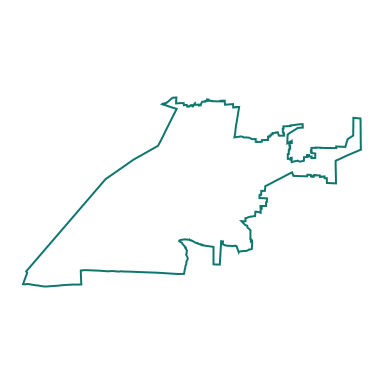 Calimaya, México, Mexico (orthographic projection)
{"feature_id": "50627088B64633993276422", "entity_name": "Calimaya", "entity_type": "district", "adm_level": 2, "iso_a3": "MEX", "parent_name": "Mexico", "parent_adm1": "México", "projection": "orthographic", "projection_center": [-99.619, 19.169], "detail": "fine", "context": "isolated", "style": "outline", "palette": "teal", "viewbox_px": 384, "rotation_deg": 0, "n_neighbors": 0, "source": "geoboundaries", "source_scale": "gbopen_adm2", "svg_char_len": 5839}
<svg xmlns="http://www.w3.org/2000/svg" viewBox="0 0 384 384"><path d="M239.1,107.0L236.0,107.0L236.0,107.3L233.2,107.5L233.1,104.1L225.0,104.7L224.7,100.8L224.7,100.7L222.8,100.7L222.8,101.4L222.1,101.4L222.1,100.7L220.5,100.8L220.5,101.3L216.0,101.3L212.8,101.2L211.7,101.2L211.6,100.8L210.3,100.8L208.8,100.8L208.7,99.6L207.0,99.5L207.0,100.9L205.4,100.9L205.4,101.6L202.2,101.8L201.2,103.5L200.9,104.4L200.6,105.4L198.9,105.5L198.8,104.6L195.1,104.8L195.0,104.1L194.9,103.3L194.4,103.8L194.2,104.7L193.2,106.0L193.0,106.4L192.6,106.4L192.6,105.1L190.8,105.2L190.8,105.7L189.2,106.0L189.2,106.5L187.3,106.7L186.8,104.9L183.9,105.2L183.7,103.1L180.8,103.1L179.0,103.2L176.1,103.4L176.1,101.4L176.4,97.5L173.0,97.7L172.4,98.0L171.2,98.8L168.2,101.6L167.0,102.2L166.7,102.8L165.6,103.2L164.8,103.2L164.5,103.4L163.9,103.6L163.0,103.6L162.5,103.8L162.0,104.2L163.0,104.6L166.5,105.5L168.5,106.3L171.5,107.3L176.7,108.9L172.9,116.3L166.5,129.1L161.6,139.1L158.0,145.8L145.7,152.8L133.6,159.6L105.5,179.2L26.2,271.4L27.2,272.8L23.0,284.2L24.6,284.3L26.0,284.2L27.8,284.0L29.5,284.2L30.9,284.5L36.4,285.4L38.1,285.5L39.4,285.7L41.3,286.1L42.9,286.3L44.8,286.5L46.1,286.5L54.8,285.9L57.7,285.7L62.5,285.2L66.5,284.9L70.3,284.7L73.2,284.5L74.4,284.6L76.4,284.6L81.3,284.5L80.9,275.1L80.8,270.5L84.0,270.2L85.2,270.1L87.5,270.2L99.7,270.7L107.4,271.3L111.3,271.1L112.0,271.0L119.0,271.6L120.4,271.3L123.3,271.5L131.5,271.7L140.4,272.1L157.0,272.7L177.8,274.0L182.5,273.9L183.9,274.0L184.3,272.5L184.4,272.0L184.4,271.7L184.6,270.1L185.2,268.2L185.5,265.8L185.7,265.3L186.2,264.4L186.4,262.2L186.6,261.4L186.7,261.1L186.8,260.8L187.2,260.2L187.6,259.3L187.7,258.4L187.6,257.7L187.2,256.9L186.5,255.3L186.1,254.5L186.6,253.5L186.7,251.8L186.8,251.2L186.9,250.4L185.5,248.3L186.0,248.2L185.9,247.7L184.8,246.5L182.4,243.8L181.9,242.7L179.2,241.3L179.3,240.6L180.2,240.1L182.3,239.7L184.9,239.4L185.2,239.3L185.5,239.3L185.8,239.5L186.2,239.5L187.3,239.5L187.6,239.6L188.8,239.8L189.2,239.7L189.4,239.7L189.5,239.6L189.7,239.9L190.0,240.2L190.3,240.4L190.5,240.5L191.0,240.5L191.3,240.3L191.5,240.3L191.9,240.7L192.0,240.8L192.4,241.0L193.0,241.2L193.2,241.3L193.5,241.5L193.9,241.8L194.1,241.9L194.8,242.3L195.2,242.5L196.0,242.9L196.2,243.0L196.7,243.1L196.9,243.1L197.2,242.9L197.3,242.9L197.5,243.1L197.9,243.4L198.0,243.5L198.3,243.7L198.3,243.8L199.3,244.2L199.5,244.2L199.8,244.1L200.0,244.1L200.4,244.2L200.8,244.3L201.0,244.4L201.1,244.5L201.3,244.6L201.6,244.8L201.8,244.7L201.9,244.8L202.0,244.8L201.8,245.2L213.5,246.9L213.5,258.9L213.5,261.0L213.5,264.3L215.9,264.5L219.8,264.6L220.0,261.3L221.0,244.0L221.1,241.2L221.3,241.2L223.0,241.4L222.8,244.1L223.5,244.7L223.8,244.7L224.5,245.0L225.0,245.1L225.4,245.4L226.1,245.7L227.4,245.7L228.2,245.9L228.5,245.9L229.0,245.8L229.7,245.8L230.4,245.8L230.7,245.8L231.0,245.9L231.6,246.1L232.0,246.0L232.8,246.0L233.6,245.8L234.2,245.8L234.7,246.0L235.1,246.0L235.5,245.8L235.9,246.1L236.5,246.1L238.7,252.1L238.8,251.8L239.0,251.8L239.5,251.6L240.5,251.4L241.9,251.2L243.5,251.0L245.9,250.9L246.9,250.7L247.7,250.5L248.3,250.0L249.0,249.5L250.2,249.5L250.9,249.3L251.7,249.1L251.9,248.8L251.8,248.2L251.8,247.8L251.9,247.3L252.1,246.8L252.0,245.8L252.1,244.4L252.2,242.3L252.0,240.8L252.0,240.7L251.5,240.9L250.9,241.4L250.9,239.1L250.4,239.1L250.4,233.7L250.5,230.8L250.5,230.3L248.8,228.6L247.5,227.6L247.2,225.7L246.8,225.5L245.8,225.3L245.3,225.0L243.5,223.3L242.4,222.1L241.4,221.1L241.8,221.1L242.7,221.3L243.7,221.3L244.6,221.3L245.5,221.2L245.4,218.3L245.5,218.1L246.0,218.1L248.8,217.1L250.6,216.6L251.6,216.5L252.4,216.5L253.3,216.2L254.6,216.0L255.1,216.1L255.4,211.7L256.0,211.7L256.3,211.8L257.1,211.7L257.4,211.9L258.1,212.1L259.6,212.1L260.0,212.5L260.6,212.8L260.7,208.8L261.7,208.8L261.7,207.7L260.5,207.7L260.5,206.0L266.1,206.0L266.1,202.3L266.7,202.3L266.8,202.2L267.0,198.4L264.0,198.2L259.4,198.1L259.6,194.9L261.1,194.9L261.3,190.9L264.9,190.9L265.3,186.2L268.9,184.4L271.8,182.9L276.0,180.6L279.3,179.0L292.0,172.3L293.4,175.9L297.8,176.0L298.4,176.1L307.2,176.3L307.4,174.7L310.8,174.9L310.8,176.1L311.7,176.1L311.7,176.8L313.6,176.8L313.6,175.6L314.2,175.6L314.2,175.0L315.8,175.1L315.8,175.4L319.8,175.4L320.0,175.7L320.0,177.0L322.2,176.8L322.2,176.5L323.3,176.5L324.5,176.4L324.6,178.2L326.8,178.2L326.9,183.0L336.0,183.4L335.9,176.6L335.6,163.7L335.7,160.7L339.3,159.2L347.0,155.5L361.0,149.6L360.8,149.1L360.6,124.1L360.5,118.5L353.4,117.8L353.2,135.6L348.0,138.9L347.6,139.2L345.3,146.9L336.2,146.5L336.2,148.1L320.6,147.9L320.6,147.7L318.5,147.6L315.8,147.6L315.8,147.9L311.5,147.9L311.5,149.9L311.2,149.9L311.2,150.8L310.9,150.8L310.9,151.8L311.6,151.7L311.5,153.0L315.3,153.5L315.2,158.0L311.5,158.1L311.6,156.5L309.0,156.5L309.0,155.0L307.4,155.0L307.4,155.3L307.0,155.3L307.0,157.1L304.0,157.2L303.9,160.8L303.7,160.9L303.3,160.8L303.0,160.9L302.7,161.0L302.4,161.1L301.4,161.3L300.7,161.5L299.6,161.6L298.6,161.1L298.2,161.0L298.0,160.8L297.7,160.7L297.3,160.7L295.5,161.1L291.7,162.1L291.7,157.7L290.8,157.8L290.8,159.6L290.3,159.7L290.2,158.9L287.8,158.9L287.8,154.1L288.8,154.0L288.8,150.4L289.3,150.4L289.3,148.6L290.2,148.6L290.1,145.8L289.4,145.8L289.3,143.4L291.8,143.2L291.7,140.8L287.3,143.3L287.6,135.0L287.8,135.0L288.2,134.0L297.9,127.9L302.8,127.6L302.6,124.1L298.5,124.4L294.8,124.9L292.8,125.2L290.5,125.4L290.5,126.0L283.4,126.4L283.5,128.7L282.8,128.7L282.8,131.3L282.9,132.5L283.7,132.5L283.7,134.0L284.1,134.0L284.1,135.7L278.9,135.7L277.7,132.2L275.7,132.5L275.6,132.9L272.6,133.0L272.7,134.3L271.1,134.4L270.9,135.5L269.7,135.6L269.8,136.7L268.0,136.7L268.2,139.9L262.0,140.1L261.7,141.8L257.2,142.0L257.2,141.8L255.7,141.8L255.7,139.0L252.0,139.2L251.6,138.9L249.2,137.7L245.8,137.4L244.1,137.5L241.5,136.4L234.4,137.4L235.1,133.6L236.0,125.5L236.7,121.9L238.6,110.1L239.1,107.0Z" fill="none" stroke="#0f766e" stroke-width="2"/></svg>